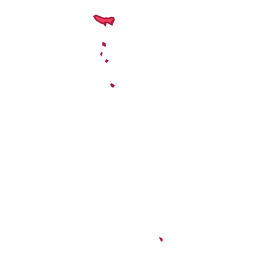 outline of Tokyo
{"feature_id": "JPN-1860", "entity_name": "Tokyo", "entity_type": "Metropolis", "adm_level": 1, "iso_a3": "JPN", "parent_name": "Japan", "parent_adm1": "", "projection": "mercator", "projection_center": [140.896, 30.045], "detail": "coarse", "context": "isolated", "style": "filled", "palette": "rose", "viewbox_px": 256, "rotation_deg": 0, "n_neighbors": 0, "source": "natural_earth", "source_scale": "10m", "svg_char_len": 691}
<svg xmlns="http://www.w3.org/2000/svg" viewBox="0 0 256 256"><path d="M114.0,20.0L113.0,22.1L112.4,21.5L112.0,22.4L111.5,21.1L112.2,24.0L112.0,24.7L106.9,22.1L105.1,22.5L105.8,23.5L105.3,25.3L103.9,23.6L101.2,22.9L96.4,20.0L94.0,16.4L95.9,15.4L104.2,18.6L106.2,17.9L106.8,18.6L108.2,18.4L111.4,17.5L113.6,17.9L114.0,20.0ZM103.1,42.9L105.0,43.9L105.1,45.8L102.9,44.8L103.1,42.9ZM111.6,84.1L113.9,85.6L113.0,86.8L112.0,86.4L111.0,84.5L111.6,84.1ZM105.8,61.4L106.5,60.1L107.6,60.7L106.7,62.0L105.8,61.4ZM162.0,240.0L161.7,240.6L161.3,240.3L160.3,238.3L161.4,238.7L161.2,239.2L162.0,240.0ZM100.9,54.3L101.9,52.4L101.2,54.8L100.9,54.3Z" fill="#f43f5e" stroke="#9f1239" stroke-width="1.5"/></svg>